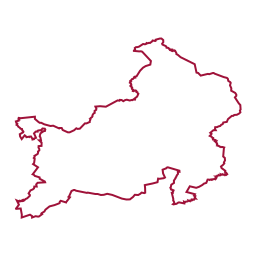 Vietalvas pag., Plavinu, Latvia (Equal Earth projection)
{"feature_id": "27541924B27962464442280", "entity_name": "Vietalvas pag.", "entity_type": "district", "adm_level": 2, "iso_a3": "LVA", "parent_name": "Latvia", "parent_adm1": "Plavinu", "projection": "equal_earth", "projection_center": [25.736, 56.75], "detail": "fine", "context": "isolated", "style": "outline", "palette": "rose", "viewbox_px": 256, "rotation_deg": 0, "n_neighbors": 0, "source": "geoboundaries", "source_scale": "gbopen_adm2", "svg_char_len": 5826}
<svg xmlns="http://www.w3.org/2000/svg" viewBox="0 0 256 256"><path d="M95.4,106.6L95.9,107.8L96.4,108.4L96.2,109.8L94.6,110.9L94.7,112.9L93.7,113.4L92.8,114.6L92.4,115.6L92.5,116.2L92.1,117.0L90.6,118.1L90.5,118.9L90.1,119.0L90.4,119.5L89.6,121.7L89.7,122.0L86.5,123.4L84.9,123.4L79.8,128.7L77.5,128.9L76.3,128.3L74.2,130.2L69.7,132.3L67.8,132.3L62.7,130.0L61.7,128.0L59.4,128.0L59.1,128.4L53.2,125.7L50.5,126.0L44.2,124.3L41.3,122.8L39.7,122.8L38.5,122.0L34.9,118.9L34.9,116.7L20.7,118.2L18.7,117.9L18.5,118.4L19.3,119.8L18.1,120.4L18.3,120.8L15.9,121.4L16.3,122.9L17.2,123.5L16.9,123.9L17.1,124.4L16.6,124.9L17.7,125.6L18.2,126.6L20.0,127.9L20.5,128.7L22.0,129.0L22.3,130.5L22.7,130.7L23.4,131.6L23.2,132.3L19.8,134.2L20.1,136.4L21.7,139.1L24.7,135.3L25.8,136.2L26.4,137.2L28.9,136.7L29.3,137.0L29.7,136.6L31.0,136.5L32.4,138.8L32.5,139.5L33.8,139.2L33.7,138.7L36.0,137.8L34.0,133.4L35.7,131.6L37.6,131.6L37.6,130.8L38.1,130.5L41.0,130.1L41.0,130.5L41.6,130.6L41.7,129.5L42.5,128.5L44.8,128.7L45.3,129.5L44.9,131.0L43.8,131.1L40.5,133.3L40.1,134.6L39.7,136.4L40.4,137.3L41.0,140.3L39.1,140.3L41.6,142.7L41.5,145.9L38.6,146.1L38.5,147.6L39.3,149.0L39.3,150.4L38.0,151.5L38.1,152.7L37.6,154.0L34.4,155.9L34.7,156.8L33.8,158.0L34.7,158.8L34.2,162.4L34.1,163.0L33.1,164.1L38.0,167.3L32.7,174.3L33.7,174.6L34.8,175.9L39.6,177.4L39.7,178.8L44.8,181.5L45.1,182.3L37.6,182.8L36.2,184.4L36.7,186.5L34.3,186.5L34.0,188.4L32.8,189.4L30.5,190.4L29.0,192.8L28.6,193.4L29.9,195.0L29.8,195.8L27.2,198.3L25.4,199.1L24.5,200.2L23.3,199.7L22.7,200.0L23.5,200.7L23.4,200.9L21.9,201.2L20.6,200.9L19.5,201.0L19.6,201.5L18.8,201.6L18.9,201.0L18.4,201.2L16.8,200.5L18.9,204.7L16.2,208.4L15.4,208.9L20.7,208.5L21.8,214.7L21.7,217.5L30.0,214.7L32.1,216.1L32.1,217.5L35.6,216.2L38.0,216.6L38.9,216.5L42.1,214.2L41.4,213.5L41.6,213.2L44.4,211.5L45.4,209.7L49.5,206.4L54.5,205.1L59.0,203.4L59.7,202.9L59.8,201.7L60.7,200.8L67.0,202.7L65.9,202.4L69.9,197.3L68.6,196.8L69.2,196.1L71.5,191.0L73.8,190.0L74.6,190.0L76.0,190.7L87.0,192.9L87.7,192.6L95.3,194.0L97.7,194.0L100.9,195.0L103.8,194.8L107.2,193.8L112.2,194.9L121.9,198.6L126.4,199.5L129.9,199.4L133.1,196.9L134.8,194.8L138.2,195.0L140.3,193.8L141.6,192.6L144.3,193.1L145.2,192.7L145.1,188.0L144.8,185.1L152.5,183.5L157.5,182.2L158.1,178.6L159.5,178.8L163.7,178.2L165.0,177.5L163.1,173.5L162.6,169.7L166.3,168.3L166.6,167.7L167.8,167.3L179.4,170.7L179.5,171.8L177.8,171.7L178.0,173.9L176.7,175.5L176.4,176.6L175.6,177.6L175.6,178.1L173.9,180.6L174.0,182.9L171.3,184.7L170.7,187.5L170.4,187.7L171.0,189.4L171.6,189.4L172.4,190.3L173.0,190.1L173.4,190.3L173.0,190.7L173.2,191.7L172.5,192.6L172.6,192.9L171.8,192.9L173.3,199.0L173.2,200.6L173.8,201.3L174.4,203.2L173.0,204.2L173.4,204.4L176.5,203.8L178.4,202.5L179.2,202.4L184.2,203.4L184.0,201.8L184.5,202.1L184.4,202.6L184.8,202.6L185.0,202.4L185.1,201.8L187.6,201.4L188.1,200.9L188.9,200.9L188.8,200.7L190.0,201.2L190.3,200.4L191.0,200.5L191.3,200.2L191.7,200.5L192.7,200.0L192.4,199.5L194.1,199.6L194.5,198.5L195.7,198.6L195.1,197.9L195.1,197.1L194.8,196.8L195.3,196.1L194.2,195.6L194.7,195.1L194.7,194.5L194.9,194.2L186.5,192.0L189.8,186.3L196.2,187.8L199.1,186.8L202.3,185.0L204.0,183.6L206.3,182.9L207.6,179.6L209.1,179.6L209.6,180.0L211.0,179.4L211.6,179.9L212.4,179.7L212.5,179.3L214.8,179.0L215.4,179.3L215.9,178.7L215.3,178.3L215.3,178.1L216.5,177.4L216.5,176.7L216.0,176.4L217.0,176.3L217.2,175.7L218.6,175.5L218.7,175.1L219.3,175.4L220.3,175.3L220.5,174.7L221.0,174.7L220.9,174.4L221.6,174.7L222.3,174.2L223.2,174.8L224.2,174.4L224.8,175.0L225.1,174.5L226.1,175.0L227.2,174.2L226.2,172.7L225.0,172.0L225.3,170.8L221.6,168.1L221.0,166.5L223.0,164.9L224.3,163.4L223.9,162.4L225.0,160.4L224.8,157.9L223.2,156.5L223.9,148.1L224.2,147.5L222.6,147.0L220.9,147.1L220.7,146.8L219.7,146.7L219.1,146.1L217.4,145.6L217.7,145.3L216.9,144.4L217.1,143.4L215.9,142.2L216.0,142.0L215.8,142.1L215.5,141.5L214.9,141.3L215.5,140.4L214.9,140.3L214.9,139.9L213.0,139.6L212.8,139.0L213.2,138.8L213.2,138.0L212.5,137.8L211.6,136.8L209.8,135.9L211.3,134.4L211.5,133.7L210.3,132.8L213.4,130.2L215.7,130.2L215.0,128.9L215.2,127.2L217.2,127.1L218.4,126.4L220.2,126.0L221.2,124.8L222.7,124.1L223.3,122.5L226.8,121.9L228.0,119.1L231.8,115.9L233.4,115.8L234.0,115.1L234.8,114.9L236.8,114.8L239.2,113.5L240.4,112.3L239.9,110.5L240.6,109.5L240.3,105.0L238.8,103.4L234.9,97.4L236.3,95.8L236.3,94.6L235.2,92.9L231.2,90.7L231.3,88.2L230.0,85.3L230.7,82.9L230.3,82.2L228.3,80.9L227.8,78.7L226.9,77.9L223.8,77.1L214.5,73.6L213.7,73.0L212.9,73.0L209.2,74.2L207.9,73.9L200.7,75.6L198.2,73.0L196.5,72.6L194.7,64.2L180.6,57.2L177.9,54.9L176.4,54.1L176.4,53.2L175.1,50.7L174.4,50.4L174.0,50.8L173.1,50.4L172.7,50.5L172.6,50.1L172.4,50.2L172.3,51.0L171.6,50.8L171.5,50.4L170.4,50.1L170.6,49.8L170.2,49.9L170.1,49.5L169.4,49.2L169.4,48.7L168.8,48.5L168.3,47.9L166.5,47.7L166.3,46.6L165.8,46.1L162.5,44.6L162.1,43.8L163.3,42.1L163.2,40.0L161.4,38.5L160.0,38.5L155.7,39.7L155.7,40.7L155.2,41.0L152.6,40.5L152.1,41.4L150.0,43.0L149.1,42.8L147.6,43.3L146.6,43.0L146.3,43.8L145.0,44.3L143.1,44.0L139.1,46.6L137.5,47.1L136.1,47.1L134.8,48.0L135.1,49.6L133.9,50.5L133.9,50.9L139.2,51.4L140.9,51.3L142.2,51.7L150.9,61.0L150.3,64.6L145.6,66.1L143.0,67.7L140.1,70.7L136.5,76.4L134.7,76.7L134.2,77.1L134.7,77.7L134.0,77.8L132.9,79.0L132.0,79.1L131.2,80.2L130.5,80.7L131.0,81.2L129.9,82.1L129.8,82.7L130.9,83.3L131.3,84.7L130.4,85.7L130.4,86.0L131.5,86.4L131.4,87.0L132.1,87.6L131.8,88.1L131.9,88.8L132.3,89.3L133.1,89.6L132.8,91.0L133.5,91.2L135.1,90.4L136.0,90.6L136.3,90.9L136.2,91.5L136.4,92.0L137.4,92.2L137.9,93.7L138.3,93.9L137.1,96.6L134.3,98.8L135.0,99.4L134.9,99.6L134.1,99.0L132.6,100.1L132.2,99.9L129.7,100.5L126.8,99.7L125.1,100.1L123.3,101.2L121.6,100.0L119.8,99.9L119.5,100.7L117.6,100.4L105.9,106.7L100.0,106.2L95.4,106.6Z" fill="none" stroke="#9f1239" stroke-width="2"/></svg>